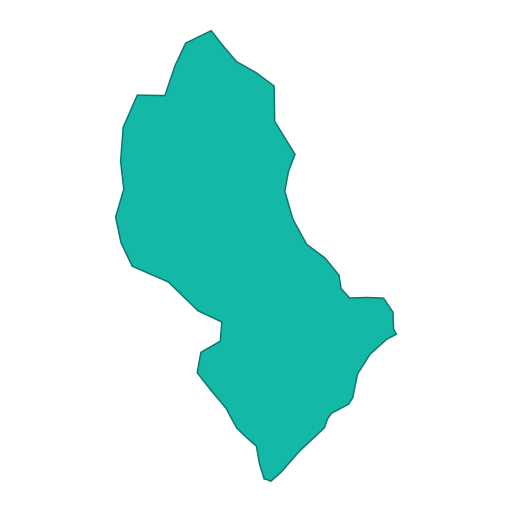 outline of San Cristóbal
{"feature_id": "DOM-1984", "entity_name": "San Cristóbal", "entity_type": "Province", "adm_level": 1, "iso_a3": "DOM", "parent_name": "Dominican Republic", "parent_adm1": "", "projection": "orthographic", "projection_center": [-70.18, 18.517], "detail": "fine", "context": "isolated", "style": "filled", "palette": "teal", "viewbox_px": 512, "rotation_deg": 0, "n_neighbors": 0, "source": "natural_earth", "source_scale": "10m", "svg_char_len": 807}
<svg xmlns="http://www.w3.org/2000/svg" viewBox="0 0 512 512"><path d="M396.4,334.2L387.0,339.1L370.2,354.0L357.6,373.9L352.7,397.7L348.7,404.1L331.5,413.2L327.5,419.0L324.5,427.7L299.2,451.4L280.9,472.4L270.7,481.3L266.1,479.1L264.2,479.1L259.5,463.9L256.4,446.1L246.8,437.8L236.9,428.2L231.3,418.2L226.0,408.2L211.0,390.4L197.2,372.7L200.9,352.3L220.3,341.1L221.8,322.0L198.0,310.8L168.4,282.0L132.2,266.2L121.0,242.7L115.6,217.1L123.8,189.2L120.6,161.3L123.2,127.2L137.3,95.1L164.9,95.6L175.1,65.5L185.7,43.1L211.2,30.7L223.6,46.5L236.6,61.7L256.0,72.6L274.1,86.1L274.7,121.4L295.0,154.3L288.4,171.8L284.8,191.2L292.9,219.2L306.7,244.4L325.1,258.1L339.0,275.2L341.1,288.7L349.7,298.0L366.6,297.5L383.5,298.1L393.0,312.2L393.6,329.3L396.4,334.2Z" fill="#14b8a6" stroke="#0f766e" stroke-width="1.5"/></svg>